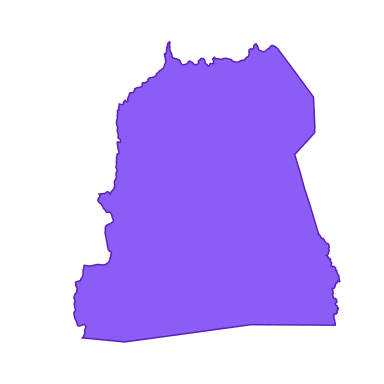 Antofagasta de la Sierra, Catamarca, Argentina, rotated 172°
{"feature_id": "61730980B49626425367328", "entity_name": "Antofagasta de la Sierra", "entity_type": "district", "adm_level": 2, "iso_a3": "ARG", "parent_name": "Argentina", "parent_adm1": "Catamarca", "projection": "equal_earth", "projection_center": [-68.193, -26.047], "detail": "fine", "context": "isolated", "style": "filled", "palette": "violet", "viewbox_px": 384, "rotation_deg": 172, "n_neighbors": 0, "source": "geoboundaries", "source_scale": "gbopen_adm2", "svg_char_len": 5869}
<svg xmlns="http://www.w3.org/2000/svg" viewBox="0 0 384 384"><g transform="rotate(172 192 192)"><path d="M320.9,62.8L279.5,52.9L151.9,52.4L68.7,40.2L68.4,41.9L68.8,43.5L68.5,45.6L68.9,46.0L69.1,48.0L69.0,48.5L68.6,49.0L69.0,49.6L68.3,50.6L68.5,51.1L68.2,51.5L67.6,51.2L66.4,51.1L66.0,51.4L65.9,51.9L65.1,52.1L65.0,52.5L65.1,53.0L65.0,53.5L65.1,54.0L64.0,54.8L64.1,55.1L63.9,56.0L64.1,56.4L63.4,56.5L63.5,57.1L64.2,58.3L64.2,58.7L64.5,59.4L65.4,60.0L65.6,60.9L65.9,61.4L65.8,61.6L64.9,62.0L64.6,62.7L63.8,62.8L64.0,64.3L63.7,65.1L64.9,66.6L65.6,66.5L66.8,68.0L66.9,69.4L67.3,70.2L67.0,71.3L66.6,71.4L66.1,72.2L66.5,73.1L66.3,73.7L66.5,74.4L66.2,75.1L66.6,75.7L66.6,76.7L66.0,77.2L65.4,76.7L64.3,77.3L63.2,79.0L63.4,79.3L63.4,79.7L62.5,80.8L62.4,81.4L61.4,81.6L61.2,81.9L60.5,82.7L60.4,83.4L59.7,83.6L59.2,82.9L58.6,82.7L58.1,82.9L58.5,85.1L58.3,87.1L58.8,87.6L58.4,87.9L58.2,88.8L59.1,90.1L59.3,91.3L59.9,92.5L60.0,93.0L59.6,93.8L60.0,93.8L60.6,94.5L60.3,96.0L60.3,96.7L61.2,97.6L61.3,98.0L61.7,98.6L62.7,98.5L63.3,98.9L63.7,98.8L63.9,99.2L64.4,99.1L64.7,99.3L64.3,100.9L63.8,101.4L63.5,102.2L63.6,102.5L64.1,102.8L64.0,103.4L64.2,104.2L64.7,104.6L64.9,105.2L64.6,105.8L64.1,106.1L64.8,107.0L65.2,107.0L65.7,107.6L66.0,107.3L66.4,107.6L66.4,109.2L67.2,110.1L67.8,110.5L65.9,111.4L65.6,111.8L65.3,113.1L65.0,113.8L64.4,114.3L64.3,115.5L64.7,117.1L63.9,118.0L63.8,120.0L63.9,120.8L64.6,122.0L66.4,122.6L66.9,123.7L67.0,124.3L67.5,125.0L68.3,127.5L69.1,127.3L69.8,127.7L70.0,128.7L70.5,128.6L70.7,128.9L70.8,129.3L70.7,130.0L71.2,130.7L71.7,132.1L72.4,132.1L72.7,132.6L72.6,133.5L77.2,163.9L80.3,181.0L82.1,195.9L85.1,214.8L70.1,227.1L62.3,233.7L61.3,239.3L58.5,269.1L77.3,304.0L87.6,322.6L89.4,324.5L91.3,325.6L92.2,326.0L93.3,325.8L94.6,324.6L95.0,323.6L96.3,323.6L99.5,321.4L101.0,320.7L104.1,322.1L106.0,323.3L106.8,327.5L107.6,328.8L107.8,329.6L108.3,329.8L109.0,329.6L110.6,327.9L110.8,326.5L111.8,325.4L113.2,325.1L114.0,325.6L115.6,324.9L116.0,323.5L116.3,320.3L116.9,319.1L117.6,318.2L118.5,318.0L119.8,317.3L122.3,315.0L123.2,315.6L125.3,315.3L128.4,314.2L131.2,314.7L133.8,316.2L134.9,317.9L137.5,318.7L139.1,319.6L142.3,319.9L144.4,319.0L145.0,319.5L146.5,319.8L147.5,320.4L149.9,320.7L150.5,321.3L150.9,322.3L151.6,322.2L152.1,321.0L153.1,320.8L153.0,320.0L152.3,319.3L152.7,317.5L152.5,316.2L155.2,316.4L155.9,316.8L157.4,314.6L158.8,314.7L159.6,316.5L160.7,317.1L161.0,319.6L161.4,321.4L162.0,322.3L162.9,322.3L163.5,323.0L164.7,322.9L165.4,322.0L167.3,321.1L167.5,319.8L167.3,318.7L169.9,317.2L170.5,317.7L172.0,317.8L173.6,320.2L176.3,322.1L177.5,321.4L178.5,320.0L179.2,319.6L180.6,319.3L183.6,319.1L184.9,320.6L185.4,322.6L186.1,324.5L189.5,326.3L192.5,327.5L192.9,329.3L192.8,330.4L193.0,331.9L194.2,335.5L194.3,336.6L193.7,338.0L193.7,338.8L193.9,340.5L193.7,341.3L193.1,342.4L193.1,343.8L194.1,343.5L195.4,342.4L195.8,341.0L195.8,339.3L196.7,339.2L197.4,336.5L197.6,334.7L198.7,332.6L199.5,332.9L200.2,332.4L200.3,331.9L199.9,330.9L200.0,330.2L199.8,325.9L199.9,324.8L200.1,323.8L200.7,323.2L202.0,320.5L203.1,318.7L206.2,316.7L207.5,316.5L208.4,315.3L210.8,314.0L211.2,312.3L214.3,311.1L218.2,310.8L219.1,310.5L220.1,309.5L220.2,307.8L222.6,307.0L223.0,306.6L225.5,307.0L226.0,306.8L226.5,305.2L226.4,304.3L226.9,303.5L229.9,302.8L231.5,303.0L234.2,302.3L234.8,300.8L236.4,298.9L237.2,298.5L238.3,298.9L239.7,298.8L240.2,298.2L240.8,296.5L241.7,295.3L241.8,294.4L242.6,293.8L242.8,293.2L242.8,292.5L242.6,291.4L243.5,290.5L244.7,290.7L245.4,292.0L247.3,290.7L247.5,289.4L248.1,288.4L249.1,288.2L251.8,289.3L252.2,287.7L252.2,286.6L252.7,286.4L252.9,286.0L253.0,283.7L254.3,283.4L254.5,282.3L254.8,281.5L254.5,280.4L255.4,278.5L255.4,277.1L255.7,275.5L256.7,273.1L257.2,271.3L257.3,269.9L256.8,267.6L256.7,265.3L257.2,264.8L257.1,264.3L257.6,263.1L257.0,260.4L257.1,259.4L257.0,258.5L257.5,257.0L257.6,255.9L257.0,255.0L256.0,254.5L255.7,254.0L255.8,252.1L255.6,251.8L256.0,251.2L256.6,251.1L257.2,251.3L258.2,251.9L259.0,251.9L259.1,251.7L259.3,249.4L259.2,247.9L259.3,245.2L259.2,244.7L258.9,244.3L258.9,241.6L258.7,240.8L259.2,240.0L260.6,240.0L261.0,239.8L261.3,238.1L262.0,236.9L262.1,236.1L261.9,235.0L262.5,233.9L262.3,232.9L262.9,231.8L262.6,231.4L262.8,230.0L263.9,227.2L263.1,223.6L263.3,222.9L264.4,221.8L264.9,219.6L264.7,217.3L265.6,215.6L267.0,213.9L267.7,212.3L267.5,211.6L267.5,210.4L267.9,208.5L268.0,207.3L268.7,206.8L269.1,205.6L270.1,205.1L271.9,203.6L273.4,201.1L274.1,202.8L275.4,204.1L276.0,204.0L279.0,202.5L279.8,202.8L282.4,202.8L283.0,202.6L283.6,203.0L284.3,202.9L283.6,201.6L284.0,201.1L283.9,200.3L284.2,199.6L285.2,199.1L285.7,198.6L285.9,198.0L286.4,197.1L286.4,196.7L285.4,194.5L284.8,193.6L283.2,192.6L283.1,192.1L283.2,191.3L282.1,189.5L282.0,188.1L280.5,186.2L279.8,184.3L279.3,183.7L278.7,183.4L277.3,183.7L276.3,183.5L275.6,182.6L275.0,181.5L274.4,178.1L274.5,177.5L274.4,176.7L273.9,175.8L273.7,174.3L274.6,173.4L277.3,172.0L278.7,171.9L279.3,171.5L280.7,171.1L282.5,169.8L282.5,169.1L283.0,168.3L283.0,166.7L283.8,163.8L283.4,155.2L283.2,154.2L283.2,148.9L282.8,146.3L281.9,144.8L280.2,143.7L280.3,142.6L280.7,142.2L281.6,139.0L281.9,138.8L282.4,137.8L282.8,136.3L283.9,134.4L286.0,133.1L287.8,132.3L289.2,132.1L290.8,132.2L295.3,133.4L303.5,132.9L309.0,134.4L309.6,132.0L310.7,130.2L310.6,129.0L311.1,127.6L311.4,125.0L312.4,123.1L314.3,121.1L314.5,120.1L315.0,119.6L315.8,119.7L318.9,119.2L320.0,118.6L319.9,117.8L320.1,115.2L319.7,114.4L319.6,113.7L319.2,113.0L319.1,112.5L319.7,111.0L320.0,109.2L320.6,108.3L322.1,107.2L323.6,104.2L323.6,103.1L322.8,101.5L323.4,98.9L324.2,97.8L324.1,94.2L323.8,92.2L323.8,91.5L324.5,90.2L325.5,89.5L325.7,89.2L325.9,86.7L325.5,83.1L324.6,80.3L324.2,78.8L324.0,76.1L323.7,75.6L321.9,74.9L318.8,75.7L317.2,75.7L316.7,75.3L315.6,73.8L315.7,73.2L316.3,72.5L317.5,70.1L317.9,67.2L318.1,66.3L320.0,63.6L320.9,62.8Z" fill="#8b5cf6" stroke="#5b21b6" stroke-width="1.5"/></g></svg>